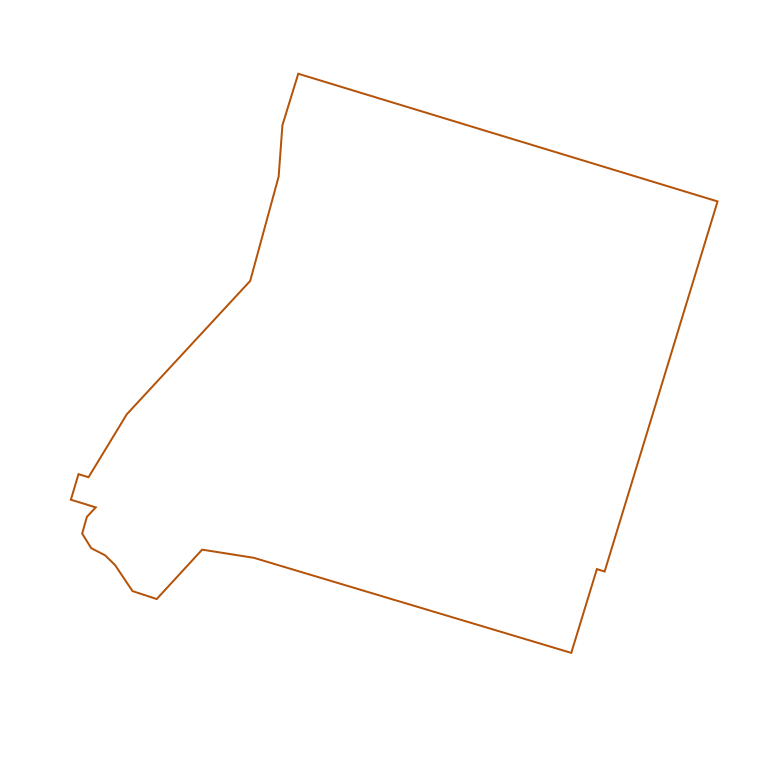 outline of 85, Ar Rayyān, Qatar, rotated 287°
{"feature_id": "91078587B12839905472934", "entity_name": "85", "entity_type": "district", "adm_level": 2, "iso_a3": "QAT", "parent_name": "Qatar", "parent_adm1": "Ar Rayyān", "projection": "albers", "projection_center": [50.97, 25.364], "detail": "fine", "context": "isolated", "style": "outline", "palette": "amber", "viewbox_px": 768, "rotation_deg": 287, "n_neighbors": 0, "source": "geoboundaries", "source_scale": "gbopen_adm2", "svg_char_len": 502}
<svg xmlns="http://www.w3.org/2000/svg" viewBox="0 0 768 768"><g transform="rotate(287 384 384)"><path d="M181.6,641.7L269.2,641.7L269.2,649.8L411.0,649.8L656.1,649.6L656.0,540.2L655.8,410.1L655.6,211.3L601.8,211.2L551.6,222.6L443.5,225.9L335.6,173.8L279.9,146.9L208.5,128.7L208.4,118.2L181.8,118.4L181.7,144.4L170.1,138.7L152.7,139.1L141.4,152.0L138.6,167.4L132.1,179.9L118.0,197.2L112.4,204.1L111.9,229.5L172.4,258.5L179.7,310.2L181.6,641.7Z" fill="none" stroke="#b45309" stroke-width="2"/></g></svg>